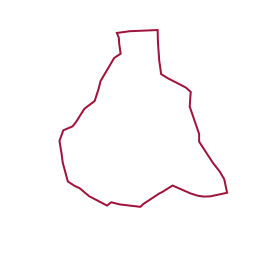 Galshir, Hentiy, Mongolia (Robinson projection), rotated 71°
{"feature_id": "93677404B72547167231090", "entity_name": "Galshir", "entity_type": "district", "adm_level": 2, "iso_a3": "MNG", "parent_name": "Mongolia", "parent_adm1": "Hentiy", "projection": "robinson", "projection_center": [110.788, 46.508], "detail": "fine", "context": "isolated", "style": "outline", "palette": "rose", "viewbox_px": 256, "rotation_deg": 71, "n_neighbors": 0, "source": "geoboundaries", "source_scale": "gbopen_adm2", "svg_char_len": 717}
<svg xmlns="http://www.w3.org/2000/svg" viewBox="0 0 256 256"><g transform="rotate(71 128 128)"><path d="M159.0,202.3L165.5,197.2L169.1,193.4L179.9,186.9L194.5,173.1L192.8,167.9L197.5,160.8L206.6,141.9L204.9,138.5L200.1,119.8L199.6,116.1L196.9,104.6L210.2,90.2L214.8,84.0L217.6,78.5L219.4,72.5L221.5,55.4L207.8,53.7L199.2,55.4L188.5,59.1L164.1,65.2L156.9,62.7L127.9,62.7L118.4,58.7L114.3,56.9L108.5,60.2L94.1,74.0L87.9,79.1L74.3,76.5L56.4,71.7L45.0,68.1L37.1,94.7L34.5,107.6L39.7,107.3L45.5,108.9L55.4,110.8L55.6,111.8L57.3,118.3L74.7,138.7L81.2,142.9L91.6,150.7L95.6,163.0L105.6,175.4L108.4,179.9L109.1,189.9L117.9,197.0L130.9,199.2L139.5,201.0L159.0,202.3Z" fill="none" stroke="#9f1239" stroke-width="2"/></g></svg>